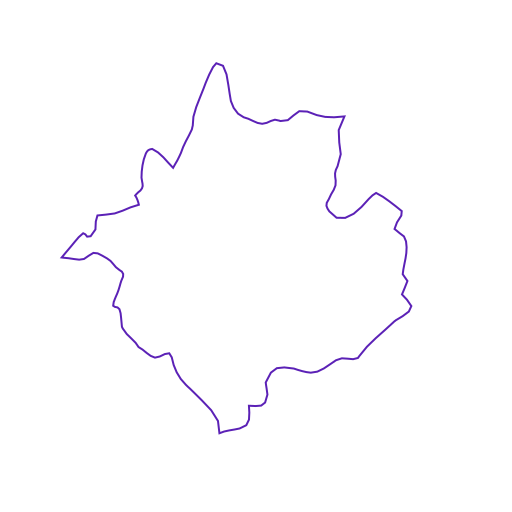 Morelos, Robinson projection, rotated 216°
{"feature_id": "MEX-2732", "entity_name": "Morelos", "entity_type": "State", "adm_level": 1, "iso_a3": "MEX", "parent_name": "Mexico", "parent_adm1": "", "projection": "robinson", "projection_center": [-99.0, 18.746], "detail": "fine", "context": "isolated", "style": "outline", "palette": "violet", "viewbox_px": 512, "rotation_deg": 216, "n_neighbors": 0, "source": "natural_earth", "source_scale": "10m", "svg_char_len": 3186}
<svg xmlns="http://www.w3.org/2000/svg" viewBox="0 0 512 512"><g transform="rotate(216 256 256)"><path d="M412.3,140.6L411.9,147.2L411.4,153.8L411.0,160.4L410.5,167.0L409.2,172.8L406.8,173.2L404.0,172.4L401.4,174.8L401.5,183.1L405.9,189.8L408.1,195.6L401.7,201.3L395.3,207.4L390.5,214.3L386.1,221.6L380.9,228.6L382.8,230.2L384.9,231.7L387.1,233.0L389.3,233.9L389.2,234.9L389.1,236.0L388.9,237.0L388.8,238.0L388.0,241.0L388.0,243.7L388.8,246.0L390.5,248.0L391.6,249.0L392.7,250.1L393.7,251.1L394.7,252.1L398.1,257.2L401.1,262.6L403.6,268.3L405.4,274.3L405.6,276.5L405.3,278.4L404.3,280.1L402.9,281.6L396.1,282.2L389.0,281.4L381.8,279.9L374.9,278.6L375.4,282.8L375.8,286.9L376.5,291.1L377.3,295.2L379.0,301.3L380.2,307.6L381.1,314.0L382.2,320.3L382.5,321.3L383.0,322.3L383.4,323.3L383.8,324.3L388.5,331.9L391.9,341.4L394.5,351.3L396.8,360.4L398.5,366.6L400.5,375.3L401.8,383.6L401.4,388.6L394.5,390.5L386.6,385.6L378.8,378.0L372.5,371.6L367.4,366.6L361.1,362.7L354.2,360.6L347.5,361.0L342.9,362.5L337.8,363.5L332.9,364.6L328.7,366.6L325.6,370.0L323.4,373.9L320.8,377.4L316.5,379.3L316.2,379.3L315.8,379.5L315.5,379.6L310.1,384.6L308.3,391.7L306.1,398.6L299.4,403.0L289.7,405.7L281.8,409.2L274.4,414.1L266.5,420.9L263.1,406.5L255.4,396.8L247.3,388.2L242.8,376.6L242.0,372.5L240.6,369.3L238.5,366.6L235.9,363.9L233.2,359.9L232.0,355.2L231.5,350.1L230.5,344.8L230.0,340.6L228.5,338.0L226.0,336.4L222.9,335.2L213.3,334.3L206.3,339.2L201.8,347.6L199.5,357.6L198.9,362.9L198.3,368.4L197.4,373.5L195.9,377.6L188.1,378.5L180.3,378.6L172.4,378.4L164.5,378.0L162.2,374.1L161.7,366.1L159.8,359.3L153.0,358.9L147.8,358.8L143.2,356.0L139.3,351.6L136.1,346.7L133.6,341.9L131.2,336.7L128.9,331.8L126.6,327.5L118.8,324.8L116.9,317.5L115.3,310.7L108.3,309.4L100.9,306.8L99.7,300.9L102.0,293.5L105.2,286.0L105.2,285.7L105.3,285.3L105.5,285.0L105.6,284.6L108.1,272.3L110.8,260.0L112.9,247.9L113.6,235.9L113.6,235.3L113.6,234.6L113.6,234.0L113.6,233.4L116.8,229.6L121.5,226.8L126.4,223.7L130.0,218.7L132.4,212.0L135.0,204.9L138.4,198.5L143.1,193.8L147.0,191.7L151.0,190.0L155.1,188.5L159.2,187.2L167.6,182.5L173.2,177.5L175.4,170.4L173.8,159.4L171.7,157.2L169.5,155.0L167.4,152.8L165.3,150.6L162.5,142.8L163.9,138.0L168.1,134.4L173.7,130.7L169.3,125.3L165.5,119.5L164.4,113.4L167.9,106.8L171.4,103.0L175.1,99.2L178.6,95.3L181.4,91.1L189.8,100.2L201.6,104.9L214.5,107.3L226.1,109.1L228.9,109.5L231.6,109.9L234.4,110.2L237.1,110.6L244.6,112.3L251.8,115.3L258.5,119.4L264.6,124.5L269.0,126.3L272.1,123.1L274.8,118.1L278.0,114.4L282.5,113.3L287.6,113.3L292.8,113.6L297.5,113.3L302.3,115.0L308.4,116.0L314.7,116.9L320.5,118.8L321.2,119.0L321.8,119.4L322.5,119.7L323.1,120.2L325.9,123.4L328.9,126.8L331.9,130.1L335.2,132.7L337.8,133.0L340.2,131.9L342.3,131.8L344.1,135.2L344.4,136.5L344.8,137.8L345.1,139.1L345.4,140.3L346.2,144.0L347.2,147.6L348.4,151.1L349.7,154.6L349.9,155.3L350.2,156.1L350.4,156.8L350.6,157.6L351.4,161.1L352.9,163.4L355.3,164.5L358.4,164.4L362.8,164.6L366.8,165.6L370.8,166.5L375.1,166.5L380.6,165.9L385.6,165.1L389.4,162.9L391.5,157.9L393.4,152.5L396.9,149.1L401.4,146.6L406.4,144.0L407.9,143.1L409.3,142.3L410.8,141.4L412.3,140.6Z" fill="none" stroke="#5b21b6" stroke-width="2"/></g></svg>